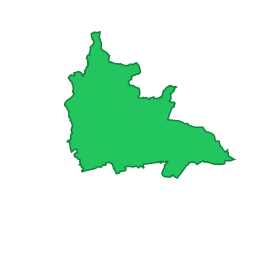 Chinantla, Puebla, Mexico, rotated 48°
{"feature_id": "50627088B55612917364401", "entity_name": "Chinantla", "entity_type": "district", "adm_level": 2, "iso_a3": "MEX", "parent_name": "Mexico", "parent_adm1": "Puebla", "projection": "albers", "projection_center": [-98.289, 18.228], "detail": "fine", "context": "isolated", "style": "filled", "palette": "green", "viewbox_px": 256, "rotation_deg": 48, "n_neighbors": 0, "source": "geoboundaries", "source_scale": "gbopen_adm2", "svg_char_len": 5690}
<svg xmlns="http://www.w3.org/2000/svg" viewBox="0 0 256 256"><g transform="rotate(48 128 128)"><path d="M222.5,70.0L215.9,72.1L213.1,69.9L212.8,70.1L212.1,69.9L210.9,68.8L211.2,71.7L207.2,71.8L205.6,71.2L203.4,71.3L202.1,71.0L198.8,69.1L196.3,71.8L194.4,70.9L193.0,69.8L191.4,69.2L189.2,69.1L184.4,71.2L183.2,72.8L181.9,72.2L180.7,72.5L177.5,71.8L173.1,76.9L171.9,78.0L169.1,79.7L166.2,81.0L165.1,80.7L164.3,80.9L162.9,82.9L159.7,83.9L156.5,85.7L148.5,92.9L144.7,86.7L144.1,85.2L143.7,84.8L143.7,84.3L143.1,83.6L142.9,82.7L142.5,82.4L142.8,80.0L143.1,79.7L142.8,78.9L141.9,78.4L141.5,77.7L141.5,76.9L140.9,76.6L140.5,76.9L139.9,76.7L139.9,77.0L139.3,77.1L139.3,77.3L137.6,78.7L136.6,78.8L136.2,79.3L135.5,79.4L135.7,78.4L135.0,76.4L133.5,75.2L132.4,74.8L131.4,73.9L131.5,73.2L131.1,72.3L131.4,71.8L131.3,70.1L130.5,68.9L130.9,68.7L130.8,68.4L130.2,68.0L130.2,67.4L129.8,67.1L129.7,66.3L130.1,65.0L130.0,64.7L129.5,65.1L129.0,65.1L128.5,65.7L128.6,66.1L127.7,66.9L126.8,67.5L125.4,67.5L125.5,68.1L125.3,68.4L124.2,69.0L124.3,70.5L123.7,71.9L123.7,72.3L123.9,72.8L123.8,73.6L124.5,75.1L124.2,75.9L124.4,76.5L124.0,76.7L124.0,76.9L124.7,77.3L125.1,78.7L126.2,79.5L126.6,81.4L127.8,82.2L127.3,83.0L126.8,82.9L126.6,83.6L126.8,84.1L126.4,84.4L126.4,84.6L126.7,85.1L126.0,85.6L125.6,87.0L124.3,87.7L123.8,88.6L122.9,88.5L122.7,88.2L121.9,88.3L122.0,88.6L120.4,91.8L120.9,92.4L120.8,93.0L120.0,93.5L119.0,93.4L117.4,94.3L116.5,96.1L115.4,96.2L114.7,98.5L113.1,99.6L112.4,99.6L112.2,99.8L111.4,97.8L110.5,96.7L110.2,95.7L109.7,95.6L109.2,95.8L108.6,95.0L108.2,95.0L107.8,94.0L106.6,93.8L105.7,93.2L105.0,94.0L103.1,94.7L102.2,95.4L100.3,95.4L99.9,96.2L98.8,96.6L97.4,98.4L95.8,97.4L94.4,97.4L94.3,96.5L93.9,96.1L93.7,95.3L94.2,92.8L93.2,91.6L92.3,91.6L92.3,91.2L92.4,89.0L93.4,87.8L93.6,85.9L93.9,85.2L94.9,84.5L94.9,83.4L95.1,82.5L94.9,81.5L93.9,80.7L92.4,80.1L92.3,79.8L91.7,79.3L90.5,79.2L89.4,78.3L88.9,78.7L88.3,78.3L86.7,77.9L86.1,78.2L85.3,78.2L84.8,79.2L84.5,79.3L84.5,80.8L84.2,82.1L83.6,82.1L81.8,83.9L81.8,86.1L81.4,86.3L81.1,87.0L80.2,87.5L80.2,88.0L77.2,89.9L76.4,90.3L75.8,90.1L74.6,91.6L74.4,91.6L73.9,92.6L73.6,92.5L73.2,92.7L73.0,93.3L72.4,93.5L72.3,93.9L69.1,96.0L68.6,95.9L68.1,96.9L67.3,96.5L66.7,97.7L64.1,96.7L63.5,96.0L63.4,95.3L62.9,94.5L62.1,94.2L61.9,93.4L60.7,93.6L59.2,93.4L58.9,93.6L58.0,93.4L52.9,94.8L51.0,94.8L50.5,94.6L49.3,92.9L46.6,90.8L45.2,90.2L44.4,90.1L43.9,89.7L43.4,89.7L43.3,89.3L42.3,89.3L41.7,88.8L37.8,84.5L36.6,86.9L34.6,88.7L34.7,89.1L34.4,89.3L33.9,89.5L34.0,90.2L33.5,91.3L33.5,92.4L35.9,94.0L37.2,94.3L37.9,95.1L38.5,95.2L39.0,94.8L39.2,95.0L40.0,95.1L42.0,96.7L42.5,97.7L42.4,99.1L42.9,99.9L42.6,100.7L42.6,101.7L44.5,103.6L45.5,104.2L45.6,105.0L46.5,106.6L47.2,107.3L47.9,107.0L48.1,107.2L47.9,108.1L47.1,109.0L47.1,109.9L47.6,111.0L48.7,112.0L48.8,112.4L50.4,112.3L52.2,114.0L52.7,113.5L53.1,114.5L53.6,114.4L53.8,114.6L53.7,115.2L54.0,115.4L55.0,115.6L55.1,115.8L54.7,116.3L54.9,118.1L55.4,118.3L56.0,120.2L56.5,120.6L56.3,121.7L56.6,122.1L58.2,122.7L58.7,123.6L58.1,124.1L58.0,124.7L59.4,126.2L59.3,126.7L58.5,126.9L57.0,126.6L56.6,125.9L55.5,125.9L54.1,126.3L52.3,127.8L52.1,129.5L50.8,131.1L51.1,131.7L53.2,132.2L53.2,133.1L52.9,133.6L51.6,133.8L50.7,134.4L50.3,135.5L50.2,137.0L50.7,137.2L50.7,138.6L51.1,138.8L52.6,138.8L53.2,139.2L54.4,139.0L54.6,139.4L56.1,138.9L56.8,139.5L57.6,139.5L58.1,140.1L58.6,140.2L59.3,140.0L61.0,141.6L61.4,141.7L62.6,142.6L63.0,143.1L63.1,143.9L63.8,144.2L64.1,144.7L64.8,145.2L65.1,144.9L66.2,145.1L67.2,147.3L67.3,148.9L67.4,150.9L66.8,154.2L66.8,155.6L67.3,158.2L68.6,159.7L68.8,159.9L69.5,159.7L70.3,160.0L71.8,159.7L72.3,160.2L74.0,160.3L76.8,161.3L77.2,162.0L79.3,163.3L79.5,164.0L80.3,164.6L82.5,164.5L83.8,166.1L85.1,165.8L87.6,167.1L89.2,167.6L90.0,168.8L90.2,169.3L90.1,169.6L91.4,170.9L91.2,171.4L92.5,171.6L92.6,172.2L93.6,172.5L94.6,172.5L94.2,173.2L94.7,173.5L94.6,174.0L95.0,175.5L97.1,177.1L97.7,177.6L97.6,178.4L98.5,178.8L98.0,179.9L97.1,180.8L97.6,181.6L97.6,182.2L100.0,181.1L102.3,182.9L105.8,185.1L108.1,186.0L108.2,184.7L107.9,184.1L108.3,182.2L109.1,180.7L109.8,180.5L112.4,182.1L111.4,184.3L112.0,186.0L113.5,186.8L115.8,186.0L117.3,186.0L119.8,184.9L120.3,185.4L120.6,186.5L121.9,186.9L122.9,188.2L123.5,188.1L123.3,188.5L123.8,188.3L123.8,187.6L124.8,187.8L125.8,188.8L127.3,188.5L127.9,188.1L128.5,188.5L128.6,189.2L129.1,189.5L128.7,190.9L129.8,191.3L130.3,190.9L130.4,189.8L136.1,179.5L136.6,177.4L136.5,176.6L136.7,176.1L138.5,174.9L139.1,174.1L138.9,172.6L138.5,171.7L139.6,170.9L140.5,169.7L140.4,168.6L140.1,168.4L140.0,168.6L139.5,168.3L139.4,167.5L140.2,165.8L141.3,164.9L142.3,164.5L142.4,164.2L143.8,164.3L144.2,163.5L148.7,166.0L149.0,165.3L154.1,167.3L154.6,166.6L155.6,164.8L155.5,164.1L155.1,163.4L155.3,162.5L158.0,158.5L157.7,157.7L157.2,157.1L156.5,156.8L155.4,156.8L155.2,156.0L155.7,155.0L156.9,153.3L159.3,151.0L160.2,150.7L160.4,149.8L161.9,147.6L162.0,147.3L162.6,147.1L164.4,147.0L164.8,146.0L164.7,144.3L166.1,143.4L167.8,143.5L168.1,142.7L166.5,142.2L165.3,140.8L173.2,129.1L173.3,128.4L174.1,128.2L175.0,125.6L175.8,127.1L177.2,123.6L178.6,122.9L178.3,121.9L179.3,120.8L180.1,121.8L179.9,125.3L180.2,125.3L181.1,126.2L181.0,126.5L181.9,127.8L183.3,131.3L184.5,133.1L185.5,133.7L186.4,133.9L188.6,133.5L192.9,129.4L192.4,127.7L193.2,127.3L193.1,126.0L195.9,125.9L198.2,124.8L195.3,110.5L195.0,110.2L195.4,107.7L195.3,106.3L194.4,105.5L197.5,102.2L197.8,101.4L201.4,101.0L201.7,97.9L202.8,94.3L203.0,94.2L204.1,94.2L205.1,93.5L205.3,92.7L205.9,91.8L206.8,91.8L208.7,90.3L210.7,89.4L213.5,87.4L215.9,84.5L216.7,84.1L217.2,83.0L218.3,82.0L218.6,80.9L219.2,80.0L217.1,77.7L220.5,74.4L222.5,70.0Z" fill="#22c55e" stroke="#15803d" stroke-width="1.5"/></g></svg>